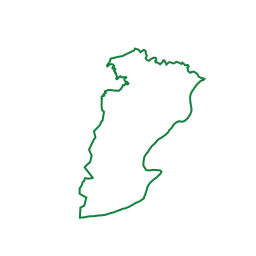 Yala, Cross River, Nigeria (orthographic projection), rotated 145°
{"feature_id": "59680162B30655337934726", "entity_name": "Yala", "entity_type": "district", "adm_level": 2, "iso_a3": "NGA", "parent_name": "Nigeria", "parent_adm1": "Cross River", "projection": "orthographic", "projection_center": [8.567, 6.667], "detail": "fine", "context": "isolated", "style": "outline", "palette": "green", "viewbox_px": 256, "rotation_deg": 145, "n_neighbors": 0, "source": "geoboundaries", "source_scale": "gbopen_adm2", "svg_char_len": 4556}
<svg xmlns="http://www.w3.org/2000/svg" viewBox="0 0 256 256"><g transform="rotate(145 128 128)"><path d="M186.1,120.6L185.4,107.8L185.7,107.3L189.2,109.0L191.9,111.5L194.5,109.8L196.3,109.6L197.7,108.2L200.6,106.7L202.0,106.5L205.4,101.8L202.0,95.0L208.4,89.4L212.6,90.1L217.9,83.4L218.8,82.0L217.4,81.3L215.8,80.3L214.5,79.6L212.9,79.0L211.2,78.3L210.6,77.9L209.6,77.3L208.3,76.6L206.0,74.9L204.7,74.6L203.4,73.6L202.7,73.6L201.7,72.9L200.4,71.9L199.4,71.5L198.1,70.8L197.1,70.2L195.8,69.8L194.5,69.2L192.8,68.8L191.9,68.5L189.6,67.8L189.1,67.5L188.2,67.1L186.6,66.8L185.3,66.4L184.0,66.1L182.7,65.8L180.4,65.1L179.0,65.1L177.7,64.4L176.4,63.7L175.7,63.6L175.2,63.5L174.5,63.4L174.4,63.4L173.1,63.0L171.5,62.7L169.8,62.7L168.2,62.3L166.2,62.3L163.9,62.0L162.3,61.6L161.0,61.4L160.3,61.3L158.7,61.3L156.3,61.2L155.4,61.2L154.7,61.9L153.4,62.9L152.4,63.2L151.4,64.2L151.0,64.5L150.4,64.9L148.7,66.2L147.7,66.9L147.1,67.5L145.4,68.8L145.2,69.0L144.1,69.5L143.1,69.8L141.8,70.2L141.1,70.5L140.1,70.5L138.5,70.8L135.9,71.1L133.9,71.1L133.7,71.1L132.2,71.1L130.9,71.4L128.0,71.9L127.3,72.1L125.6,73.0L125.6,73.7L126.0,74.7L126.1,74.9L126.6,75.4L127.6,76.1L128.6,77.1L129.9,78.1L131.2,79.1L131.9,79.4L132.8,80.1L134.2,80.4L135.1,81.5L136.1,81.8L136.8,82.8L137.4,83.8L137.1,85.5L137.1,86.5L137.1,87.8L136.1,89.8L134.7,91.1L134.4,91.8L133.7,92.5L132.7,93.4L132.1,94.1L131.4,94.8L130.1,95.4L129.1,95.8L127.5,96.4L125.8,96.7L123.8,97.7L121.8,98.4L119.2,99.4L116.9,99.7L114.9,100.0L113.3,100.3L111.3,101.0L109.3,101.3L106.7,100.9L105.4,100.9L103.4,100.9L101.1,100.9L99.1,101.2L97.4,101.5L95.5,102.5L93.2,102.9L90.8,103.5L89.9,104.2L88.5,104.5L87.5,104.8L86.2,104.8L85.2,104.8L84.6,104.8L83.3,104.4L82.3,104.4L81.6,103.4L80.3,102.4L79.3,101.8L78.0,101.4L77.0,101.4L75.7,101.4L74.7,101.7L73.4,101.7L72.1,102.4L70.8,102.7L70.1,103.0L68.4,104.0L67.1,105.0L65.8,106.0L65.1,107.3L64.4,108.6L64.1,109.0L63.8,110.0L62.8,111.6L62.5,113.0L61.8,113.6L61.1,115.0L60.5,116.3L59.8,117.0L59.1,118.0L58.1,119.0L56.5,120.3L55.5,120.6L54.5,121.3L52.8,121.9L51.8,122.2L50.5,122.9L49.2,123.2L47.5,123.9L46.2,124.2L44.9,124.5L43.9,124.5L42.6,124.8L41.0,124.8L40.0,124.5L38.7,124.1L37.2,124.5L39.4,127.1L39.9,128.0L40.7,129.7L40.2,132.6L41.5,135.9L43.2,137.3L43.3,137.4L45.3,137.4L46.1,139.9L45.8,141.2L45.0,142.0L44.9,143.1L44.9,143.3L42.9,143.8L42.9,145.3L45.2,146.5L45.5,148.5L46.0,150.4L47.5,149.8L48.4,151.8L50.4,154.5L52.4,154.5L53.8,154.8L55.8,157.8L57.2,158.4L58.0,158.3L59.0,158.1L60.2,158.0L59.8,159.3L59.7,161.0L59.4,162.5L60.5,163.1L61.8,162.3L63.9,161.9L65.2,161.8L65.7,163.5L66.6,165.0L67.7,165.9L67.6,166.6L67.4,167.1L65.9,167.4L65.1,168.8L65.1,169.7L66.5,170.8L70.6,171.4L72.2,171.0L73.2,172.2L73.5,173.4L73.6,174.9L71.2,176.3L70.8,178.0L70.7,178.4L70.2,179.8L69.4,180.8L69.5,181.0L70.2,182.9L70.7,182.9L74.2,182.9L74.5,186.2L76.5,188.7L76.7,189.0L78.5,188.1L91.7,190.2L94.4,191.6L102.4,194.8L104.5,193.0L106.3,192.2L108.2,191.8L109.6,191.0L109.3,190.2L108.4,190.4L106.4,190.5L104.8,189.8L103.8,188.5L103.7,186.9L104.2,186.6L105.4,186.7L106.3,186.1L106.5,185.6L105.3,185.2L104.8,184.7L104.6,183.7L104.7,183.3L105.0,183.3L105.4,183.5L105.9,183.4L106.3,183.0L106.7,182.8L106.7,182.5L106.2,182.0L106.4,181.4L106.9,181.0L107.0,180.7L106.5,180.4L106.4,180.0L106.8,179.0L107.0,178.3L107.7,176.3L108.2,175.8L109.2,175.4L109.4,174.8L109.3,174.4L108.7,174.4L108.0,174.3L107.0,174.6L106.0,174.8L105.5,175.0L104.6,174.7L104.6,174.0L104.4,173.2L103.1,172.7L102.8,172.4L102.0,171.6L101.1,171.1L100.5,171.0L100.4,170.7L100.5,170.3L101.1,170.3L101.5,170.5L101.9,170.8L102.6,170.3L103.3,169.7L103.5,168.5L103.5,167.1L102.8,166.7L102.4,166.5L102.6,165.7L102.9,165.5L102.7,165.2L102.0,164.6L102.0,164.3L102.5,164.0L103.3,163.9L103.7,164.7L104.6,165.5L105.8,165.5L106.3,165.1L107.5,166.0L108.8,165.2L109.2,164.9L110.6,164.5L111.8,163.9L112.4,163.9L113.2,164.0L113.9,163.7L114.5,164.1L115.1,164.4L115.7,164.9L116.1,165.4L116.5,165.5L116.9,165.9L117.1,166.2L117.8,166.5L118.5,167.1L119.5,168.2L120.5,169.2L123.0,170.7L124.3,170.7L124.8,170.8L125.5,171.3L125.9,171.2L126.1,170.8L126.1,169.5L126.4,169.5L127.1,169.9L127.7,169.8L128.1,169.5L128.5,169.4L129.1,169.4L129.1,168.9L128.9,168.7L128.7,168.4L128.8,168.1L129.1,168.2L131.1,168.7L131.4,168.9L131.8,168.7L131.8,168.2L132.1,167.9L132.5,167.6L132.6,166.8L133.4,166.4L134.1,165.1L137.1,161.1L138.9,157.4L138.4,155.0L144.7,148.6L145.4,148.8L149.9,146.3L157.7,144.9L160.3,138.6L161.8,138.5L172.2,132.8L172.6,131.5L173.5,126.8L173.5,126.3L178.6,121.8L181.9,121.5L185.9,120.7L186.1,120.6Z" fill="none" stroke="#15803d" stroke-width="2"/></g></svg>